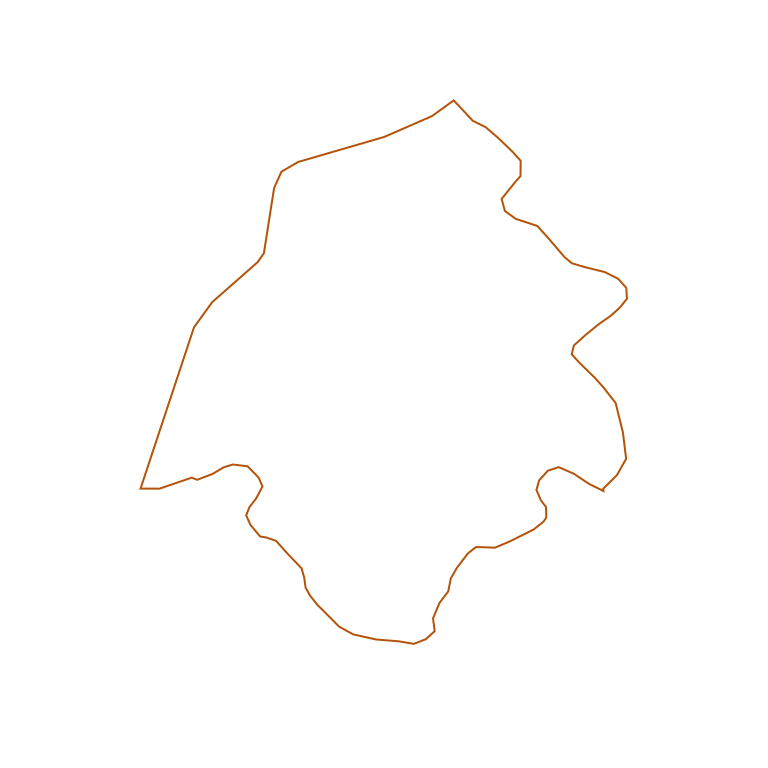 Staro Nagoričane, Natural Earth projection, rotated 318°
{"feature_id": "MKD-2910", "entity_name": "Staro Nagoričane", "entity_type": "Statistical Region", "adm_level": 1, "iso_a3": "MKD", "parent_name": "North Macedonia", "parent_adm1": "", "projection": "natural_earth1", "projection_center": [21.9, 42.216], "detail": "fine", "context": "isolated", "style": "outline", "palette": "amber", "viewbox_px": 768, "rotation_deg": 318, "n_neighbors": 0, "source": "natural_earth", "source_scale": "10m", "svg_char_len": 1354}
<svg xmlns="http://www.w3.org/2000/svg" viewBox="0 0 768 768"><g transform="rotate(318 384 384)"><path d="M449.8,157.6L468.7,161.5L549.4,200.5L598.8,217.0L625.6,219.9L626.1,247.8L631.4,261.2L633.5,277.6L634.9,297.5L634.9,309.6L624.6,320.8L616.5,321.7L595.2,325.2L589.6,336.4L592.4,349.4L599.3,361.4L603.7,369.2L603.7,383.9L603.1,410.7L604.5,420.2L611.4,431.4L623.0,448.6L628.4,462.5L628.4,474.6L621.6,483.2L610.6,485.0L597.7,485.0L593.0,484.4L583.3,483.2L566.1,482.4L550.9,482.4L543.4,487.5L543.4,497.9L544.8,520.3L544.8,533.3L543.4,553.2L529.1,579.9L513.9,601.6L496.1,607.6L476.9,608.5L475.5,610.4L469.4,595.0L465.1,577.9L458.2,562.7L447.8,558.1L434.8,559.4L426.4,564.7L422.8,575.2L422.1,583.8L415.4,591.7L410.7,593.0L398.1,592.3L372.0,585.1L356.8,579.8L350.1,573.2L343.2,566.7L333.2,566.0L315.5,569.3L303.5,573.2L293.0,581.1L278.8,583.8L263.6,591.0L256.3,601.6L244.2,601.6L232.2,597.0L222.8,585.1L207.2,568.6L193.6,549.5L188.3,534.4L187.4,515.9L186.7,503.4L187.4,492.2L189.4,483.0L195.2,474.4L199.4,465.9L198.8,446.7L198.8,428.3L193.7,419.1L189.9,414.4L190.5,399.3L193.7,389.4L201.5,385.5L212.4,383.5L225.1,378.9L228.2,369.7L227.6,353.9L217.8,342.7L209.3,338.7L196.4,336.1L181.1,330.2L178.4,324.9L147.2,311.6L133.1,298.8L280.8,214.7L311.2,208.2L371.7,208.9L382.3,206.4L433.5,164.8L449.8,157.6Z" fill="none" stroke="#b45309" stroke-width="2"/></g></svg>